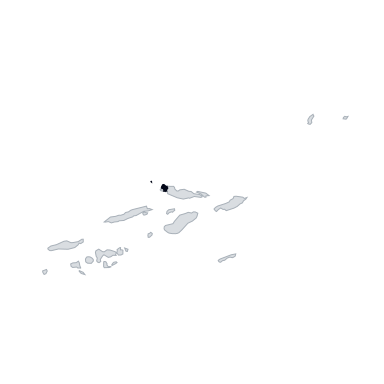 Lau-Mbaelela, Malaita, Solomon Islands shown in context, rotated 310°
{"feature_id": "97153195B87820202711948", "entity_name": "Lau-Mbaelela", "entity_type": "district", "adm_level": 2, "iso_a3": "SLB", "parent_name": "Solomon Islands", "parent_adm1": "Malaita", "projection": "orthographic", "projection_center": [160.756, -8.207], "detail": "fine", "context": "in_parent", "style": "filled", "palette": "ink", "viewbox_px": 384, "rotation_deg": 310, "n_neighbors": 0, "source": "geoboundaries", "source_scale": "gbopen_adm2", "svg_char_len": 5588}
<svg xmlns="http://www.w3.org/2000/svg" viewBox="0 0 384 384"><g transform="rotate(310 192 192)"><path d="M149.3,193.2L155.5,197.8L158.2,197.4L166.4,197.5L171.2,200.7L174.0,202.2L175.6,205.2L177.6,205.8L178.8,207.3L179.5,210.1L176.5,211.5L174.7,211.9L170.0,211.0L165.4,208.9L156.5,208.6L152.3,208.1L150.8,207.3L149.5,206.2L147.4,203.6L145.7,200.7L145.4,198.9L145.3,195.6L145.8,194.3L147.5,193.1L149.3,193.2ZM177.5,165.8L184.5,174.3L184.2,175.8L183.3,176.8L183.0,179.7L183.9,180.8L185.8,181.3L189.1,184.3L190.5,189.2L191.8,190.9L191.9,194.5L194.9,199.4L195.2,201.8L194.9,202.9L193.6,202.3L190.0,196.6L185.7,194.2L185.3,193.2L181.0,189.9L178.1,184.4L175.1,174.6L176.5,172.2L173.0,167.5L173.2,166.2L175.7,166.4L176.2,165.9L177.5,165.8ZM152.0,170.1L152.9,172.8L149.1,170.4L146.3,167.5L138.0,164.3L136.3,162.7L134.8,162.5L130.5,159.9L126.4,158.1L123.2,154.8L121.7,154.3L119.1,151.8L116.5,150.1L115.6,147.0L113.2,144.9L112.6,144.0L120.4,145.6L124.1,149.0L127.2,150.9L128.3,152.3L131.1,154.1L133.6,154.3L136.1,156.2L138.4,156.7L140.2,157.7L151.9,166.2L150.5,168.5L152.0,170.1ZM204.7,225.1L208.2,226.8L210.3,226.5L213.3,227.7L215.6,227.0L217.1,228.5L220.7,234.3L220.7,236.2L223.1,237.6L221.1,237.8L218.3,237.1L216.1,237.6L213.8,236.5L210.0,235.9L206.6,234.5L199.7,230.2L199.7,228.0L198.6,227.0L198.2,224.3L195.7,223.5L192.8,223.3L192.6,222.1L193.1,219.8L195.3,219.9L197.9,220.8L204.7,225.1ZM85.0,138.0L85.9,139.0L83.8,140.8L80.9,139.9L80.2,138.4L78.2,138.7L74.1,137.9L68.5,133.9L62.5,126.3L56.8,122.1L55.7,120.7L55.6,118.5L56.3,117.7L59.9,118.6L64.5,122.0L72.0,125.6L74.1,127.5L75.4,131.9L76.7,133.3L80.8,136.7L85.0,138.0ZM93.1,164.1L94.8,166.4L96.9,171.6L96.6,173.4L95.1,173.5L94.7,174.6L92.7,172.1L90.1,171.4L88.1,169.9L87.3,164.9L85.7,164.6L81.4,165.1L80.1,166.8L78.1,166.2L77.6,164.8L77.9,163.3L80.6,161.8L81.1,160.0L83.7,156.8L85.3,156.2L88.3,157.3L88.8,161.9L89.9,163.3L93.1,164.1ZM172.7,265.3L170.7,266.3L168.9,265.8L167.6,265.1L166.5,262.9L164.1,261.5L160.7,260.9L159.0,259.5L156.6,259.1L155.9,257.9L156.1,256.7L156.5,256.0L158.7,256.6L169.1,262.4L172.7,265.3ZM62.6,155.2L62.1,155.6L61.1,154.1L60.4,153.6L60.4,151.9L57.5,149.1L57.3,147.2L58.9,145.3L61.1,146.3L63.4,148.7L66.0,149.4L65.4,151.0L63.1,153.9L62.6,155.2ZM76.9,159.6L75.7,160.8L72.6,160.7L70.3,157.7L70.2,155.5L72.1,153.5L74.3,153.1L75.5,153.9L76.7,155.6L77.1,157.7L76.9,159.6ZM102.9,176.6L100.1,178.9L98.1,178.1L96.4,176.2L97.2,173.3L98.9,172.6L99.7,171.6L102.8,172.4L103.5,173.0L101.7,174.4L102.7,175.5L102.9,176.6ZM328.5,236.6L323.9,237.2L322.1,239.2L319.7,239.0L318.9,237.3L318.9,236.5L320.2,236.6L320.9,235.0L322.3,234.2L325.5,233.8L329.3,234.8L328.4,236.3L328.5,236.6ZM200.0,203.3L200.2,207.4L198.0,205.2L197.0,206.0L196.1,204.9L196.3,200.1L194.8,195.5L196.1,195.9L200.0,203.3ZM82.6,177.6L82.6,178.0L81.0,177.2L77.6,173.4L78.2,172.1L81.3,169.6L82.2,169.2L83.2,170.8L82.4,173.1L81.4,173.7L81.0,175.8L82.6,177.6ZM161.1,185.3L163.5,185.6L167.9,189.4L166.8,190.6L164.8,190.0L164.1,190.2L163.5,188.9L161.3,187.8L159.3,187.7L159.1,186.4L161.1,185.3ZM133.4,189.0L130.1,188.6L129.1,187.6L130.3,186.2L131.8,185.3L133.1,186.1L134.6,186.3L134.7,188.2L133.4,189.0ZM38.4,131.9L35.5,132.6L33.8,131.7L34.5,129.5L35.5,128.3L39.1,130.3L38.4,131.9ZM147.5,171.4L146.1,171.8L144.1,170.7L143.3,169.8L143.7,168.3L144.8,167.7L146.2,168.7L146.3,169.7L147.5,171.4ZM350.2,262.9L347.7,263.3L346.8,263.2L345.2,260.7L346.4,260.1L348.2,260.4L348.7,261.8L350.2,262.9ZM89.8,178.8L89.8,179.9L88.2,179.6L84.5,178.1L84.4,177.4L86.5,177.1L88.0,177.3L89.8,178.8ZM60.5,160.2L59.9,163.0L58.4,159.5L58.7,156.6L59.3,156.2L60.5,160.2ZM107.0,179.8L104.9,180.7L104.2,179.5L105.8,176.4L107.0,179.8Z" fill="#d9dde1" stroke="#a8b0b8" stroke-width="1"/><path d="M174.8,170.0L175.0,170.3L175.3,170.5L175.5,170.7L175.5,170.8L175.4,170.9L175.4,171.0L175.5,171.0L175.9,171.3L176.0,171.4L176.2,171.2L176.3,171.3L176.3,171.2L176.3,171.3L176.5,171.3L176.5,171.2L176.8,171.1L176.8,170.9L177.0,171.0L177.1,170.9L177.5,170.9L178.0,170.9L178.9,170.9L179.0,170.8L179.0,170.7L179.3,170.7L179.3,170.4L179.2,170.4L179.2,170.2L179.3,170.1L179.4,169.9L179.5,169.8L179.5,169.7L179.8,169.7L179.8,169.4L179.9,169.2L179.7,168.9L179.4,168.8L179.4,168.7L179.5,168.7L179.4,168.7L179.5,168.7L179.4,168.6L179.5,168.5L179.5,168.4L179.4,168.4L179.3,168.2L179.3,167.9L179.2,167.7L178.9,167.4L178.7,167.3L178.7,167.2L178.4,167.0L178.2,167.0L178.1,166.9L178.1,167.0L178.1,166.9L177.9,166.8L177.8,166.7L177.7,166.6L177.6,166.4L177.5,166.2L177.4,166.2L177.2,166.0L177.2,165.9L176.9,165.9L176.7,165.9L176.6,166.0L176.4,166.0L176.4,165.9L176.2,165.9L176.2,165.7L176.0,165.8L175.9,165.8L175.9,165.7L175.9,165.8L175.7,165.9L175.6,166.0L175.8,166.2L176.0,166.3L176.3,166.4L176.4,166.5L176.5,166.5L176.8,166.6L176.7,166.7L176.8,166.7L176.7,166.7L176.7,166.8L176.7,166.7L176.7,166.8L176.6,167.0L176.8,167.1L176.7,167.1L176.7,167.3L176.5,167.5L176.4,167.5L176.2,167.5L177.7,169.0L175.6,168.9L175.5,169.2L175.4,169.2L175.0,169.8L174.9,170.0L174.8,170.0ZM179.3,166.5L179.3,166.4L179.3,166.2L179.3,165.9L179.2,165.5L179.1,165.4L179.0,165.2L178.7,165.1L178.4,165.1L178.2,165.1L177.8,165.2L177.7,165.3L177.7,165.5L177.8,165.4L177.9,165.5L178.0,165.5L177.9,165.6L178.0,165.6L178.3,165.7L178.5,165.8L178.7,166.0L178.8,166.1L179.0,166.2L179.0,166.3L179.3,166.5L179.3,166.5ZM173.8,154.1L173.7,154.1L173.7,154.3L173.8,154.2L173.8,154.1ZM179.5,166.1L179.4,166.1L179.5,166.2L179.5,166.1ZM179.2,166.4L179.1,166.5L179.2,166.4ZM179.5,166.2L179.4,166.2L179.4,166.3L179.5,166.3L179.5,166.2ZM176.6,165.7L176.5,165.8L176.6,165.7ZM179.5,166.4L179.5,166.5L179.5,166.4Z" fill="#0f172a" stroke="#020617" stroke-width="1.5"/></g></svg>